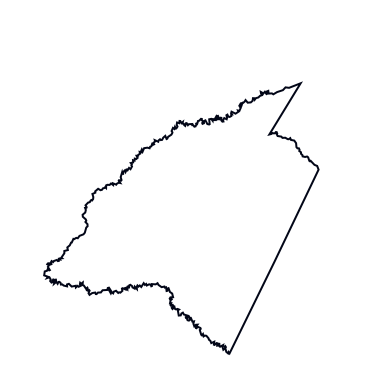 Barão de Melgaço, Mato Grosso, Brazil, rotated 20°
{"feature_id": "56859067B92677344979366", "entity_name": "Barão de Melgaço", "entity_type": "district", "adm_level": 2, "iso_a3": "BRA", "parent_name": "Brazil", "parent_adm1": "Mato Grosso", "projection": "robinson", "projection_center": [-56.194, -16.698], "detail": "fine", "context": "isolated", "style": "outline", "palette": "ink", "viewbox_px": 384, "rotation_deg": 20, "n_neighbors": 0, "source": "geoboundaries", "source_scale": "gbopen_adm2", "svg_char_len": 6058}
<svg xmlns="http://www.w3.org/2000/svg" viewBox="0 0 384 384"><g transform="rotate(20 192 192)"><path d="M276.7,327.3L278.9,330.5L281.1,331.3L281.1,329.9L282.5,330.8L293.4,229.0L303.3,127.7L300.7,124.7L297.8,124.6L292.8,122.1L292.4,122.8L291.6,122.6L289.3,119.7L288.0,119.3L286.3,120.4L283.8,120.7L283.2,119.6L281.4,118.8L280.8,117.4L278.8,116.8L278.6,115.5L277.5,114.4L276.2,114.9L274.8,114.1L273.1,110.5L270.5,108.7L267.2,109.2L265.9,107.8L264.9,109.3L263.8,109.6L261.1,109.1L258.5,110.2L257.0,109.4L253.3,110.1L251.8,108.7L252.1,108.0L251.1,106.8L250.2,107.1L250.1,108.1L249.0,108.9L247.0,109.1L246.9,110.2L245.0,111.5L256.9,52.7L247.6,60.9L244.1,61.7L242.6,65.2L237.8,69.0L235.0,72.4L233.4,72.0L230.3,73.3L229.1,70.9L228.0,71.9L229.1,73.9L228.5,74.5L226.2,72.9L225.4,74.9L222.4,74.4L223.2,75.8L225.0,76.3L224.9,76.9L223.1,78.3L222.0,80.5L220.0,81.9L219.4,83.8L218.5,82.6L217.2,83.0L217.8,85.5L216.6,87.7L213.8,89.0L210.9,87.3L210.5,89.2L208.7,92.2L208.3,91.5L207.5,92.0L207.0,94.8L209.0,96.5L208.8,99.5L207.3,99.7L208.2,100.7L206.1,103.5L201.7,103.0L201.8,104.6L203.1,105.5L202.4,105.8L203.0,107.1L201.7,108.6L200.3,108.7L198.8,107.2L198.1,108.1L199.6,110.2L199.7,111.8L197.0,111.5L196.6,113.9L197.4,115.0L196.5,115.5L195.0,114.7L194.2,112.3L193.2,112.5L192.8,114.3L192.2,114.4L191.4,113.1L191.3,114.9L190.0,115.6L189.6,111.9L189.1,111.9L188.4,116.0L189.1,116.5L187.7,117.0L187.2,116.2L186.5,116.4L187.0,118.0L185.0,116.7L183.3,117.8L185.4,122.2L185.0,122.7L183.2,122.9L180.1,120.1L179.0,121.2L179.7,123.3L178.6,124.3L178.0,123.7L178.5,121.8L176.8,121.3L176.2,120.0L175.4,120.2L174.5,122.4L173.3,123.3L173.6,125.2L172.6,126.2L173.5,126.9L172.8,128.0L172.9,129.1L171.9,129.8L170.3,128.8L169.4,129.1L169.0,128.0L165.8,129.4L165.3,130.6L163.4,129.1L162.9,129.3L163.0,132.2L161.8,131.8L161.0,130.7L159.6,131.0L159.4,129.4L158.6,130.8L156.7,129.3L156.0,129.5L156.5,131.7L154.2,131.8L154.6,134.0L156.0,135.5L155.7,137.1L155.3,137.8L153.7,136.5L153.8,138.8L152.2,138.3L152.0,141.7L153.2,142.6L153.3,143.5L153.0,145.2L150.7,148.3L150.5,150.4L150.0,150.9L147.7,148.4L146.4,150.8L146.1,153.2L144.9,153.9L143.9,153.4L143.0,154.9L143.1,156.3L139.3,156.0L140.1,157.1L138.9,159.0L140.1,160.1L139.2,161.0L138.1,160.6L138.2,163.0L137.2,163.8L137.2,165.4L134.9,165.6L132.0,167.2L131.8,170.7L130.3,169.2L130.2,170.7L131.0,172.0L129.1,172.2L130.1,173.8L128.8,175.4L129.0,176.3L127.5,176.9L129.2,178.5L128.3,180.1L126.8,180.2L127.3,182.2L125.7,182.3L126.6,184.3L124.6,185.7L126.0,186.5L125.9,187.6L126.9,188.5L126.4,191.6L124.6,190.9L124.0,193.9L123.4,194.2L123.4,192.9L122.8,193.2L122.7,195.9L121.5,194.7L120.6,196.5L121.1,198.5L120.5,198.7L119.6,197.4L119.9,202.4L121.7,204.9L121.5,205.6L119.4,205.9L119.3,206.5L121.5,208.1L120.0,208.3L118.4,210.1L118.3,211.0L114.8,210.9L115.4,212.4L113.0,211.7L112.2,213.5L110.0,214.2L109.1,215.1L109.9,217.6L108.8,217.1L108.6,218.0L107.1,219.0L106.6,220.8L105.4,221.6L102.7,221.1L100.8,224.5L101.4,225.7L99.1,227.9L101.0,230.5L101.5,232.5L101.0,234.1L100.2,233.9L99.7,234.7L99.4,236.5L98.0,237.5L96.5,240.9L98.2,242.3L98.2,242.9L97.0,243.5L98.4,245.2L98.7,247.8L97.0,250.8L97.9,252.6L101.6,254.1L102.5,255.2L102.1,256.6L104.8,258.0L105.6,259.9L104.8,261.6L105.2,266.9L104.5,268.9L101.3,271.7L100.5,274.5L98.9,274.7L97.4,276.6L96.6,276.6L96.3,280.6L95.7,280.9L95.4,283.9L93.8,286.7L95.2,289.0L92.2,291.1L93.0,293.2L91.7,298.4L92.5,298.7L90.6,299.6L91.3,300.5L89.8,300.6L90.4,302.3L89.6,302.8L88.2,302.1L85.8,304.1L85.5,305.3L83.7,304.9L83.5,306.2L84.6,307.8L83.9,308.5L82.0,307.8L80.9,308.5L80.7,309.4L82.7,309.6L82.2,311.7L85.1,314.0L84.6,314.5L82.8,313.7L82.7,315.6L80.8,317.0L81.6,320.9L85.6,320.9L85.2,322.5L87.2,320.9L89.1,322.5L89.2,324.2L91.0,325.2L92.4,324.0L91.2,322.9L91.5,321.8L93.3,322.6L93.6,321.1L94.1,320.9L95.1,322.8L97.1,324.2L97.3,322.2L97.9,321.8L99.4,322.2L100.5,323.8L101.7,323.2L103.4,323.8L106.9,323.4L106.2,321.6L107.7,320.4L111.3,322.0L114.8,319.9L115.5,321.4L116.7,319.3L117.9,319.8L119.5,318.2L118.2,317.0L118.0,315.6L119.2,316.2L120.3,314.4L121.0,316.9L122.4,316.9L125.6,319.2L126.4,317.7L126.9,318.2L126.9,320.3L127.7,320.4L128.8,319.3L129.5,319.7L129.4,322.5L130.9,323.7L132.8,321.1L135.4,319.6L136.5,320.8L137.2,320.6L138.1,318.6L140.7,317.6L141.6,314.9L145.9,313.0L145.7,311.0L146.7,310.3L148.9,312.0L147.9,311.9L147.6,312.6L150.4,315.0L150.5,313.6L152.6,314.2L152.6,312.4L154.4,310.8L157.2,312.1L157.8,311.2L159.1,311.1L160.4,308.7L159.2,306.7L159.6,306.2L162.6,306.3L161.8,305.3L162.6,304.7L164.6,305.6L163.7,303.0L164.2,302.5L164.9,303.6L165.5,303.3L165.0,301.1L165.8,300.3L168.1,301.0L168.7,302.0L171.1,302.4L170.7,300.6L173.4,302.0L172.5,300.0L172.7,298.5L174.1,299.2L174.9,297.7L176.8,298.6L177.8,294.2L179.5,295.4L180.4,294.1L181.5,295.3L183.3,293.4L185.0,293.4L186.0,294.5L186.5,294.0L185.7,292.3L189.5,291.2L190.8,289.5L192.3,290.8L196.0,291.8L198.4,290.3L199.1,291.1L200.2,290.4L202.0,293.7L202.6,293.3L202.2,290.9L202.8,290.4L205.5,293.5L208.1,294.2L210.2,297.3L207.8,298.4L207.5,299.8L207.9,300.2L209.0,299.2L209.7,299.7L208.9,301.1L209.4,304.1L210.5,303.6L210.5,305.6L211.1,306.0L212.5,304.7L213.4,305.3L212.6,307.8L213.7,308.6L214.9,306.1L215.9,307.6L217.1,307.8L218.4,306.8L220.0,306.9L219.2,308.1L221.8,312.6L223.6,311.8L223.6,309.8L224.7,308.5L226.3,309.9L231.2,309.6L231.7,310.0L229.3,311.0L228.9,311.7L229.5,312.4L231.0,311.6L231.0,313.3L231.7,314.0L233.1,313.9L233.7,313.0L233.1,311.2L234.0,310.7L236.8,313.7L238.1,312.9L238.3,315.2L240.1,317.4L241.1,315.4L242.5,314.8L241.7,317.5L242.2,318.5L242.8,318.5L243.6,316.7L246.4,316.9L247.0,317.6L246.5,319.0L249.5,323.0L250.3,323.3L250.9,321.7L252.3,323.7L253.2,322.5L254.7,322.2L257.7,323.9L258.4,325.0L260.1,325.5L261.8,327.4L264.1,325.1L264.8,328.0L265.5,328.0L266.7,325.6L267.4,325.5L268.2,327.8L268.7,327.5L268.9,325.5L269.6,325.3L270.6,327.6L271.3,327.8L273.5,325.3L273.6,327.1L275.4,329.5L276.7,327.3ZM276.7,327.3L275.5,326.0L275.9,325.4L276.9,326.2L276.7,327.3ZM208.7,92.2L209.0,92.8L209.0,94.4L208.2,94.1L208.7,92.2ZM93.3,322.6L93.7,324.4L93.8,325.4L94.8,323.6L93.3,322.6Z" fill="none" stroke="#020617" stroke-width="2"/></g></svg>